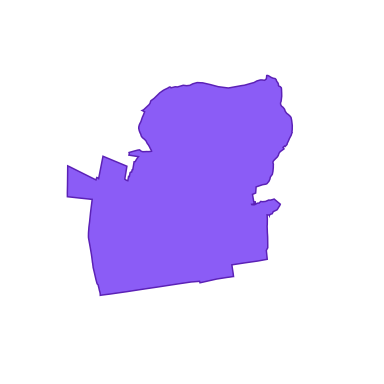 the district of Cristian, Brasov, Romania, rotated 230°
{"feature_id": "2599482B53089144578976", "entity_name": "Cristian", "entity_type": "district", "adm_level": 2, "iso_a3": "ROU", "parent_name": "Romania", "parent_adm1": "Brasov", "projection": "mercator", "projection_center": [25.497, 45.627], "detail": "fine", "context": "isolated", "style": "filled", "palette": "violet", "viewbox_px": 384, "rotation_deg": 230, "n_neighbors": 0, "source": "geoboundaries", "source_scale": "gbopen_adm2", "svg_char_len": 4130}
<svg xmlns="http://www.w3.org/2000/svg" viewBox="0 0 384 384"><g transform="rotate(230 192 192)"><path d="M291.9,113.6L277.7,101.4L271.4,95.9L268.5,93.5L258.9,102.7L250.5,110.8L241.7,101.3L235.0,94.4L231.5,90.6L227.3,86.5L224.9,84.4L223.5,83.3L215.1,78.5L208.8,74.8L205.9,73.0L201.9,70.4L201.1,70.0L199.6,69.0L198.2,68.1L197.8,67.8L193.2,65.5L186.6,62.1L183.1,60.5L182.5,60.3L182.0,60.3L181.5,60.4L181.0,60.3L180.1,59.8L178.6,59.1L176.1,57.8L174.5,57.1L172.9,56.2L172.1,55.5L171.8,55.3L171.6,55.7L170.6,57.3L166.4,63.8L157.5,78.1L147.9,93.9L140.8,105.4L133.1,118.1L130.6,122.2L127.7,126.9L123.7,133.4L118.7,140.4L117.3,139.8L109.5,154.9L104.2,163.7L102.4,166.5L100.7,169.4L100.6,169.5L103.2,171.2L110.6,175.7L103.6,187.2L96.8,198.1L92.1,206.4L99.5,211.4L100.6,214.2L102.4,215.7L106.8,219.3L108.9,221.0L110.9,222.5L112.3,223.5L114.7,225.4L117.8,227.8L118.4,228.5L122.7,232.2L125.6,234.4L126.2,234.8L125.5,235.5L124.7,236.5L124.3,236.3L124.5,236.6L124.5,237.0L124.5,237.4L124.4,238.0L123.8,239.5L124.6,241.2L124.6,242.2L124.0,244.4L123.7,245.9L124.5,248.3L125.2,250.5L125.9,251.8L129.8,251.1L133.8,250.4L134.4,248.9L135.5,246.6L136.5,245.7L137.5,242.3L139.3,239.7L140.6,238.6L140.4,237.0L140.4,236.3L141.4,234.9L141.8,232.5L142.3,231.3L143.8,229.7L144.2,229.8L143.5,230.8L143.4,231.5L142.5,233.3L143.9,234.1L144.6,232.9L151.3,236.8L150.3,240.1L154.7,244.4L152.2,250.8L150.5,253.7L150.2,254.9L150.5,256.3L150.7,257.7L151.8,260.0L153.0,261.5L153.2,262.0L153.9,264.9L155.9,267.4L158.6,270.1L159.8,271.1L161.1,272.3L162.2,272.7L163.2,273.7L163.5,274.6L163.7,276.2L164.0,280.0L164.6,281.7L165.7,283.4L166.2,285.4L165.9,290.2L167.7,290.4L167.7,291.3L167.7,292.5L167.0,292.6L167.3,295.3L168.2,296.5L168.9,298.2L170.0,300.4L170.2,300.7L171.8,304.6L172.7,305.9L173.2,307.0L174.0,307.4L175.3,308.8L178.4,311.5L181.6,313.6L183.0,314.5L185.5,315.8L186.9,315.9L189.4,315.6L191.4,315.1L193.9,315.3L195.9,316.1L198.2,316.2L200.2,315.8L201.2,315.9L202.5,316.4L203.5,317.3L204.3,318.7L207.7,322.3L210.3,324.4L213.3,326.7L214.4,327.4L216.0,327.3L217.5,326.6L218.1,326.7L219.0,327.5L220.6,328.0L222.3,328.0L224.1,328.7L225.4,328.6L226.4,327.8L227.3,327.1L229.2,326.2L231.1,325.6L232.3,325.1L233.0,324.5L233.1,324.3L233.2,324.1L232.0,322.9L230.9,321.7L230.9,319.4L232.7,317.8L233.4,317.0L234.0,316.2L235.4,313.0L236.0,309.8L236.4,309.0L237.1,307.5L240.1,300.8L241.5,298.6L248.3,286.7L255.8,279.8L262.5,275.1L268.7,270.4L272.5,266.3L274.4,262.1L275.1,258.9L276.9,256.2L279.4,253.9L281.8,248.4L283.4,246.8L285.3,242.9L286.2,242.9L286.9,242.2L287.2,240.1L287.9,237.4L288.3,235.6L288.7,231.2L288.1,223.3L288.1,222.3L288.2,221.4L288.3,219.6L288.3,219.1L288.0,218.5L287.4,217.6L286.9,216.8L286.5,215.2L286.1,207.7L286.2,207.3L286.5,206.2L283.9,207.3L282.2,204.2L281.2,202.1L280.9,201.6L279.0,198.5L278.6,197.7L278.1,196.5L277.8,195.8L277.7,195.6L277.3,194.8L276.6,193.8L276.3,193.4L276.0,193.0L275.1,192.2L274.7,191.9L274.2,191.7L273.3,191.2L273.0,191.1L272.4,190.8L271.9,190.7L271.7,190.6L270.9,190.3L270.1,190.1L269.9,190.1L269.3,189.9L269.1,189.9L268.8,189.7L267.7,189.2L266.9,189.0L266.4,189.0L265.5,189.0L264.7,189.1L263.8,189.3L263.7,189.3L263.3,189.4L262.9,189.5L262.3,189.5L261.5,189.6L261.0,189.6L260.7,189.6L259.9,189.4L259.4,189.3L259.0,189.2L258.2,189.0L257.8,188.9L257.6,188.9L257.3,188.9L256.5,188.9L256.4,188.9L255.8,188.8L254.7,188.6L254.4,188.6L253.0,188.2L252.1,188.0L251.7,187.9L249.9,187.6L249.2,187.2L249.4,186.8L249.5,186.6L249.7,186.3L249.8,186.2L250.5,185.2L251.1,184.4L252.2,183.2L252.7,182.5L254.0,180.8L254.2,180.6L254.5,180.2L254.9,179.9L255.2,179.7L255.6,179.5L256.0,179.3L256.4,179.2L257.1,179.1L257.3,179.0L257.6,179.0L258.0,178.9L258.9,177.5L260.6,173.9L262.5,169.7L262.7,169.2L262.3,169.1L262.0,168.8L261.1,167.9L261.0,167.7L260.8,167.4L253.5,173.7L252.7,170.5L251.8,168.0L252.4,167.1L247.2,161.0L247.5,160.5L246.1,158.5L246.7,157.6L246.6,157.0L244.1,153.9L244.7,153.4L241.9,150.1L243.2,149.2L244.6,149.0L245.1,148.8L250.9,155.6L252.3,157.2L253.0,158.0L253.6,158.7L276.6,146.8L262.3,129.1L263.4,128.9L264.3,128.4L263.0,126.2L277.5,119.9L290.2,114.4L291.9,113.6Z" fill="#8b5cf6" stroke="#5b21b6" stroke-width="1.5"/></g></svg>